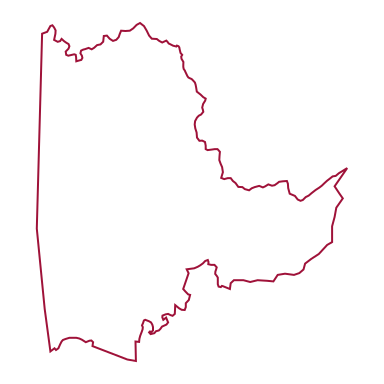 the district of Kulim, Kedah, Malaysia
{"feature_id": "92858781B36918447122584", "entity_name": "Kulim", "entity_type": "district", "adm_level": 2, "iso_a3": "MYS", "parent_name": "Malaysia", "parent_adm1": "Kedah", "projection": "robinson", "projection_center": [100.682, 5.403], "detail": "fine", "context": "isolated", "style": "outline", "palette": "rose", "viewbox_px": 384, "rotation_deg": 0, "n_neighbors": 0, "source": "geoboundaries", "source_scale": "gbopen_adm2", "svg_char_len": 3396}
<svg xmlns="http://www.w3.org/2000/svg" viewBox="0 0 384 384"><path d="M347.2,168.1L338.9,173.2L335.7,175.9L332.6,176.4L329.6,178.8L327.0,180.8L324.4,183.2L321.8,185.7L319.3,187.6L315.6,190.0L311.5,193.2L308.7,195.6L305.7,197.1L302.8,200.0L300.5,200.8L297.7,199.5L294.9,195.9L289.7,193.7L288.2,188.1L287.9,183.7L286.9,181.0L282.8,181.3L279.1,181.8L277.4,183.2L274.6,185.2L272.0,185.7L268.3,184.4L265.1,186.4L262.9,187.4L259.2,185.9L254.7,187.1L251.7,188.3L249.1,190.3L244.8,189.1L242.4,187.1L238.3,186.9L235.5,183.0L232.9,181.0L230.7,178.1L227.9,178.1L224.2,179.1L221.2,177.9L222.9,172.2L222.1,167.1L220.6,163.7L219.3,160.1L219.5,156.4L219.9,151.8L217.5,149.1L214.9,149.1L211.5,149.6L207.6,150.1L205.7,149.1L205.7,145.7L205.0,142.0L202.2,140.6L199.4,140.8L197.0,137.6L196.6,132.5L195.3,128.4L194.7,124.5L195.1,121.1L197.0,117.6L198.8,115.7L201.1,114.5L203.3,111.8L202.9,109.8L202.2,107.6L203.1,104.0L205.2,100.6L205.7,98.6L203.3,97.2L200.6,94.6L196.8,91.6L196.2,87.8L195.6,84.7L194.9,82.5L193.1,80.5L191.6,79.0L189.7,78.2L188.4,77.5L187.4,76.1L185.4,71.9L184.8,70.5L183.7,69.0L183.3,66.9L183.3,64.6L183.4,62.0L182.3,60.1L181.5,58.8L181.2,56.6L182.2,54.9L180.5,52.9L180.3,52.0L179.7,49.5L179.3,47.4L178.5,46.2L176.9,45.6L176.3,46.5L173.1,45.7L170.2,44.2L168.7,43.5L167.4,41.7L166.3,40.6L162.2,42.5L159.2,40.9L156.8,39.0L151.8,38.7L149.1,35.6L146.7,30.7L144.0,26.1L140.0,23.0L136.6,24.9L133.2,28.4L129.8,30.7L125.4,31.0L121.1,30.7L119.7,34.1L118.7,37.1L116.3,39.8L113.0,40.9L111.1,39.7L109.6,38.7L106.9,35.6L103.8,36.0L103.2,41.7L100.5,44.4L97.1,45.1L94.1,47.8L91.7,49.3L88.6,47.9L85.2,49.1L83.2,49.6L81.1,50.6L80.4,53.3L81.9,55.7L82.4,57.9L81.3,59.9L78.7,60.6L76.3,61.3L76.1,57.2L75.7,54.8L74.2,54.3L68.3,55.7L66.2,54.8L65.7,51.6L68.5,48.7L69.4,46.2L68.5,44.0L66.4,42.8L64.0,41.1L61.6,38.9L60.1,41.1L57.7,41.8L54.1,39.9L55.4,33.8L55.6,30.4L54.1,27.5L52.4,25.3L50.4,26.0L48.5,29.4L47.2,31.8L42.1,33.7L38.5,165.9L36.8,228.6L44.7,309.0L50.4,351.4L54.5,348.3L56.0,350.0L58.4,348.3L60.1,344.4L61.6,341.5L62.9,340.0L65.5,339.0L69.4,337.8L72.6,337.8L76.3,337.8L79.3,338.5L81.9,339.7L85.8,342.2L89.5,340.7L91.4,340.5L93.1,342.2L92.7,344.6L92.5,346.1L127.3,359.5L135.9,361.0L135.5,341.5L139.1,341.9L139.4,338.8L140.2,335.8L141.7,331.9L142.6,329.3L142.8,327.1L142.0,325.4L143.0,323.2L143.9,320.5L145.2,319.8L148.9,321.2L151.0,322.4L152.3,324.6L153.0,327.1L153.0,328.8L153.0,330.5L151.5,331.9L149.9,331.5L149.1,332.4L150.6,334.1L154.3,333.2L156.0,331.2L158.8,330.5L160.3,329.0L162.0,326.6L166.4,324.6L168.1,322.4L166.1,317.6L164.4,319.0L163.3,319.8L162.3,317.3L162.5,315.6L165.5,314.4L168.1,313.9L170.5,315.1L172.6,315.8L174.8,313.9L175.0,310.0L175.2,305.1L179.1,308.3L181.7,309.8L184.7,310.0L185.8,307.1L185.8,303.2L188.8,300.0L190.1,294.9L188.2,294.4L185.4,291.5L183.2,289.0L188.6,273.2L186.7,269.3L194.2,268.3L197.7,266.8L200.1,265.4L202.9,263.4L205.2,261.0L207.8,260.0L208.5,262.0L208.3,264.2L211.3,264.9L214.5,264.9L216.7,267.3L216.0,269.8L215.4,271.5L215.2,273.9L216.9,276.1L217.8,277.6L217.8,284.2L218.6,286.6L220.8,287.1L221.9,285.9L222.7,286.1L229.9,289.0L230.7,283.2L233.9,280.2L243.4,280.2L250.2,282.0L257.6,280.2L267.1,280.8L273.4,281.4L277.7,274.9L285.0,273.7L294.0,274.9L299.3,273.1L303.5,269.5L305.1,263.6L311.4,258.8L318.8,254.0L327.2,244.9L332.1,242.1L332.1,226.3L334.6,217.0L336.3,207.7L342.8,198.4L339.5,193.7L334.6,186.3L347.2,168.1Z" fill="none" stroke="#9f1239" stroke-width="2"/></svg>